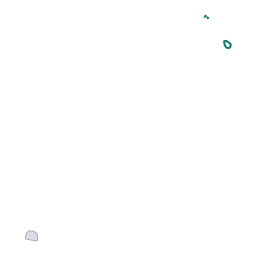 where Atiu sits in Cook Islands
{"feature_id": "COK-4950", "entity_name": "Atiu", "entity_type": "state/province", "adm_level": 1, "iso_a3": "COK", "parent_name": "Cook Islands", "parent_adm1": "", "projection": "equal_earth", "projection_center": [-158.198, -19.915], "detail": "fine", "context": "in_parent", "style": "outline", "palette": "teal", "viewbox_px": 256, "rotation_deg": 0, "n_neighbors": 0, "source": "natural_earth", "source_scale": "10m", "svg_char_len": 521}
<svg xmlns="http://www.w3.org/2000/svg" viewBox="0 0 256 256"><path d="M37.2,240.6L33.5,240.6L28.7,239.5L25.6,238.9L25.3,237.5L26.5,233.0L29.0,230.8L33.9,231.1L37.3,234.2L37.6,239.3L37.2,240.6Z" fill="#d9dde1" stroke="#a8b0b8" stroke-width="1"/><path d="M230.7,44.2L230.3,47.1L228.6,48.2L226.4,47.5L224.7,45.2L224.1,41.4L225.8,40.8L228.5,42.2L230.7,44.2ZM208.5,18.8L207.0,17.1L207.6,17.4L207.9,17.8L208.5,18.8ZM206.2,15.4L205.5,16.3L205.1,16.4L205.3,16.0L206.2,15.4Z" fill="none" stroke="#0f766e" stroke-width="2"/></svg>